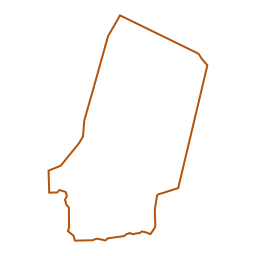 an SVG outline of Barh El Gazel
{"feature_id": "TCD-5581", "entity_name": "Barh El Gazel", "entity_type": "Prefecture", "adm_level": 1, "iso_a3": "TCD", "parent_name": "Chad", "parent_adm1": "", "projection": "mercator", "projection_center": [16.439, 14.695], "detail": "fine", "context": "isolated", "style": "outline", "palette": "amber", "viewbox_px": 256, "rotation_deg": 0, "n_neighbors": 0, "source": "natural_earth", "source_scale": "10m", "svg_char_len": 1339}
<svg xmlns="http://www.w3.org/2000/svg" viewBox="0 0 256 256"><path d="M67.9,231.1L68.8,228.5L69.0,226.9L68.9,208.4L68.8,207.5L68.4,206.9L67.0,205.5L66.4,204.7L66.3,204.4L65.9,203.4L65.8,202.5L65.1,200.2L65.1,199.7L65.2,199.2L66.4,197.1L66.7,196.2L66.7,195.8L66.5,194.2L66.2,193.2L65.9,192.4L65.5,192.1L65.2,191.8L63.7,191.3L62.2,190.9L60.8,190.4L60.0,190.2L59.7,190.1L59.3,190.2L59.0,190.4L57.5,192.2L57.3,192.4L56.9,192.5L49.2,192.6L48.6,170.6L60.7,165.7L78.9,143.4L83.0,136.5L84.3,120.4L93.1,89.6L108.0,36.3L120.0,15.4L197.5,53.2L198.3,53.7L198.9,54.3L201.9,59.0L207.4,65.3L178.2,188.1L158.3,194.4L157.5,194.9L157.2,195.7L156.9,196.5L154.9,209.2L154.8,209.9L155.3,225.5L155.1,226.8L154.7,227.9L150.5,234.1L145.7,232.3L142.2,231.5L141.6,231.5L141.4,231.7L140.5,232.6L140.1,232.8L139.5,233.0L135.8,233.5L135.0,233.7L133.9,234.1L133.3,234.2L131.7,233.9L131.1,233.6L130.1,233.0L129.8,233.0L129.3,233.2L128.6,233.5L127.3,233.9L126.6,234.1L126.1,234.4L125.1,235.3L124.6,235.7L124.0,236.0L123.2,236.2L108.0,238.3L107.4,238.7L106.9,239.1L106.2,239.9L105.8,240.1L105.3,240.4L104.8,240.5L104.4,240.4L103.7,240.1L102.7,239.7L101.9,239.5L100.3,239.4L99.6,239.2L97.1,238.8L96.5,238.8L96.0,238.9L94.9,239.3L93.6,239.9L92.6,240.2L92.0,240.3L75.6,240.6L74.8,240.4L73.7,236.2L73.3,235.6L67.9,231.1Z" fill="none" stroke="#b45309" stroke-width="2"/></svg>